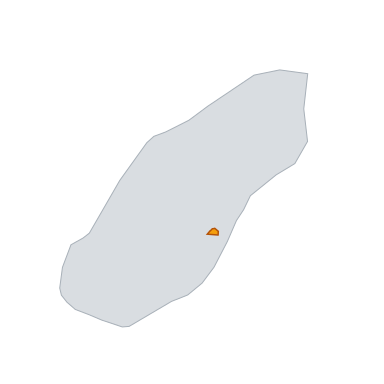 54, Ar Rayyān, Qatar (highlighted), rotated 40°
{"feature_id": "91078587B84726999218009", "entity_name": "54", "entity_type": "district", "adm_level": 2, "iso_a3": "QAT", "parent_name": "Qatar", "parent_adm1": "Ar Rayyān", "projection": "equal_earth", "projection_center": [51.456, 25.272], "detail": "fine", "context": "in_parent", "style": "filled", "palette": "amber", "viewbox_px": 384, "rotation_deg": 40, "n_neighbors": 0, "source": "geoboundaries", "source_scale": "gbopen_adm2", "svg_char_len": 767}
<svg xmlns="http://www.w3.org/2000/svg" viewBox="0 0 384 384"><g transform="rotate(40 192 192)"><path d="M205.3,348.1L191.3,352.4L178.1,357.0L167.1,356.8L158.3,355.0L152.4,350.6L141.2,333.0L133.2,310.2L138.1,297.4L139.8,289.5L129.2,229.4L125.7,183.3L127.0,173.9L133.2,163.0L143.5,139.0L149.0,115.9L164.4,62.6L180.7,42.1L204.6,27.0L224.2,56.5L248.0,79.0L252.5,104.1L245.5,124.6L239.1,157.3L242.9,172.3L244.4,185.3L250.9,207.2L257.2,235.5L258.3,255.3L254.9,273.6L246.6,289.0L230.2,335.4L225.3,340.2L205.3,348.1Z" fill="#d9dde1" stroke="#a8b0b8" stroke-width="1"/><path d="M230.8,210.2L230.8,214.5L239.6,208.2L239.3,207.7L237.7,205.6L237.4,205.2L232.9,205.2L232.9,205.3L231.2,207.1L231.0,210.1L230.8,210.2Z" fill="#f59e0b" stroke="#b45309" stroke-width="1.5"/></g></svg>